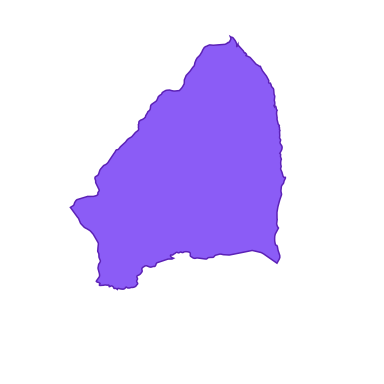 an SVG outline of Ceará, rotated 53°
{"feature_id": "BRA-621", "entity_name": "Ceará", "entity_type": "State", "adm_level": 1, "iso_a3": "BRA", "parent_name": "Brazil", "parent_adm1": "", "projection": "orthographic", "projection_center": [-39.568, -5.32], "detail": "fine", "context": "isolated", "style": "filled", "palette": "violet", "viewbox_px": 384, "rotation_deg": 53, "n_neighbors": 0, "source": "natural_earth", "source_scale": "10m", "svg_char_len": 5967}
<svg xmlns="http://www.w3.org/2000/svg" viewBox="0 0 384 384"><g transform="rotate(53 192 192)"><path d="M94.3,73.5L94.5,73.6L94.7,72.2L94.6,71.5L93.9,70.3L93.5,69.2L92.6,68.5L92.3,67.9L91.8,68.1L91.5,68.1L90.9,67.9L91.7,67.6L93.0,66.6L93.9,66.4L96.9,66.4L98.4,66.6L100.0,67.0L101.4,67.6L102.5,68.6L102.8,68.6L102.7,68.0L102.4,67.4L101.8,66.4L102.5,66.8L110.2,66.1L112.2,66.4L112.6,66.3L112.8,65.8L113.2,65.7L114.8,65.6L115.2,65.9L115.5,66.8L115.8,66.8L116.4,66.2L118.9,64.9L119.7,64.6L128.5,63.9L131.3,62.7L132.2,62.5L132.4,62.4L132.7,61.8L133.1,61.8L133.8,62.1L137.7,62.8L144.3,62.8L148.7,63.5L149.4,63.7L150.4,64.7L151.0,65.0L151.6,64.7L151.9,64.3L152.2,63.9L152.8,64.2L153.4,64.1L155.0,64.8L155.8,65.0L158.3,64.8L159.1,65.0L163.4,67.7L164.9,68.1L165.5,68.4L168.3,71.1L168.9,71.4L169.5,71.6L170.3,72.0L171.6,72.9L172.5,73.9L172.2,74.4L172.8,74.7L173.6,74.8L173.2,74.1L173.9,73.6L174.7,73.8L176.7,74.8L177.0,74.8L178.0,74.8L178.5,75.8L180.4,77.4L184.2,79.5L184.8,80.2L189.4,82.2L190.0,82.3L191.3,82.2L191.6,82.3L192.2,83.1L193.3,83.4L195.0,84.7L195.4,84.6L195.7,84.7L196.0,84.9L196.4,85.7L199.8,88.0L201.2,89.3L201.7,89.6L202.2,89.7L203.3,89.7L203.8,89.9L204.5,90.7L205.0,91.5L205.6,92.1L206.8,92.4L208.9,92.5L209.7,92.7L210.5,93.1L211.7,94.2L212.6,95.6L214.0,98.7L215.0,98.5L215.7,98.8L216.3,99.5L217.1,100.1L219.6,100.9L220.5,102.2L221.9,103.5L223.5,104.6L224.7,105.1L225.4,105.5L226.6,107.1L227.2,107.5L230.5,108.3L234.0,109.7L235.6,109.8L236.5,108.6L237.1,109.0L237.5,109.7L238.6,111.8L240.0,113.5L240.3,114.4L240.7,116.0L241.0,116.7L241.6,117.5L244.5,120.2L245.1,120.6L247.5,121.7L248.1,122.2L251.3,126.9L255.5,132.3L259.4,136.4L264.3,140.0L265.1,140.4L268.4,143.6L269.4,144.0L270.5,144.4L271.6,144.6L272.8,144.6L275.7,150.8L277.1,152.5L278.9,154.0L281.0,155.5L283.2,156.6L284.6,157.1L285.2,156.8L285.8,156.4L287.1,156.7L290.2,158.3L295.5,160.1L297.1,161.2L298.0,162.5L300.0,167.0L284.4,172.1L282.2,173.1L281.6,173.5L275.1,178.9L274.7,179.5L270.9,187.5L265.1,199.5L264.8,200.1L261.0,204.6L260.0,205.5L259.3,206.0L258.3,207.2L256.8,210.9L256.6,211.9L256.6,212.2L257.0,213.9L256.8,214.7L255.6,216.3L254.5,218.0L254.3,218.5L254.2,219.0L254.3,220.2L254.2,220.8L253.6,221.6L247.8,227.5L247.3,228.4L246.8,229.6L246.2,230.2L245.4,230.8L243.5,231.5L242.6,231.8L241.9,231.8L241.5,231.5L240.4,230.6L239.9,230.3L239.5,230.2L239.0,230.2L238.3,230.5L237.4,231.2L236.1,232.6L235.5,233.5L235.0,234.6L235.0,235.3L234.5,236.3L233.2,237.0L232.9,237.6L232.8,238.7L232.6,239.2L232.3,239.6L231.4,240.1L231.0,240.4L230.8,240.9L230.7,241.6L230.8,242.7L230.6,244.0L230.7,244.8L230.6,245.4L230.4,245.9L229.7,246.6L229.5,247.0L229.7,247.4L230.0,247.6L230.5,247.8L231.1,247.8L232.6,247.4L233.8,246.6L233.6,248.0L233.3,248.6L232.7,249.4L231.9,250.4L231.1,251.6L228.0,260.9L227.7,261.7L227.5,262.5L227.5,263.2L227.9,264.0L228.6,265.0L228.8,265.5L229.0,265.9L229.0,266.4L228.8,267.0L228.3,267.5L227.3,270.0L226.9,270.5L226.2,271.1L223.5,272.7L222.8,273.9L222.6,276.0L222.6,276.7L222.8,277.8L223.2,278.4L224.9,279.2L225.3,279.5L225.6,279.9L225.8,280.4L226.1,281.4L226.4,282.6L226.4,283.2L226.4,284.0L226.0,285.8L226.0,286.4L226.4,287.0L226.9,287.3L228.1,287.5L228.5,287.7L228.9,288.1L229.3,289.0L229.5,289.5L229.9,289.8L230.3,290.1L230.9,290.2L232.1,290.3L232.5,290.5L232.8,291.0L232.9,291.8L233.4,293.5L233.4,294.1L233.3,294.9L232.9,296.1L232.6,296.7L231.7,297.9L231.1,299.5L230.7,300.2L229.8,301.2L228.6,301.6L228.3,301.9L228.6,303.6L228.6,304.3L228.4,305.0L227.9,305.8L227.0,306.8L226.4,307.4L225.1,308.4L224.8,308.7L224.5,309.1L224.4,309.5L224.9,310.2L223.4,310.7L222.9,311.1L222.3,312.1L222.1,312.2L221.9,312.3L221.3,312.1L220.7,312.0L219.6,312.2L218.7,312.6L218.3,313.2L218.1,314.6L217.9,315.0L217.7,315.1L217.2,314.7L216.9,314.5L216.5,314.5L216.2,314.7L216.0,314.8L215.4,315.8L214.2,317.0L213.8,317.6L213.0,319.2L212.4,320.0L211.8,321.0L211.1,321.9L210.8,322.0L210.5,322.0L209.8,320.7L209.6,320.5L209.1,320.6L208.2,321.0L206.9,321.9L206.2,322.2L205.7,322.2L205.5,321.8L205.3,321.3L204.1,317.5L203.9,317.0L203.6,316.6L202.9,315.9L201.3,315.0L197.0,313.3L196.1,312.8L193.8,310.3L193.5,309.9L193.0,308.3L192.6,307.6L192.2,306.9L191.9,306.6L191.6,306.5L190.5,306.2L189.9,306.1L188.0,305.5L185.9,304.0L185.4,303.7L184.9,303.5L182.9,303.1L182.5,302.9L182.2,302.7L181.4,301.9L180.1,300.8L177.2,298.1L176.2,297.5L166.3,296.3L162.1,296.6L161.0,296.9L158.2,298.0L156.4,298.9L155.3,299.3L150.8,299.8L149.7,299.8L145.2,298.6L144.6,298.5L144.1,298.5L143.5,298.6L131.1,298.4L131.4,295.1L131.3,294.5L131.1,293.8L130.3,292.8L129.8,292.0L129.1,290.2L128.9,289.2L128.9,288.4L132.5,278.6L132.6,278.2L136.1,273.5L136.4,272.9L137.2,271.0L137.4,270.1L137.4,269.0L137.3,268.6L137.0,268.4L136.5,268.1L136.1,267.7L135.8,267.4L135.5,266.5L135.0,265.2L134.6,265.0L134.1,264.8L127.0,263.4L126.2,263.1L125.1,262.2L123.0,261.5L122.3,261.0L121.8,260.4L121.7,259.9L121.9,257.7L121.8,256.4L120.7,254.7L119.1,252.4L118.6,251.0L117.8,247.2L117.7,246.5L118.1,244.6L118.2,243.7L118.1,242.3L117.9,241.4L117.7,240.7L117.4,240.1L114.2,230.9L114.0,230.0L112.9,227.6L112.9,226.9L113.5,225.7L113.6,225.1L113.5,224.4L112.8,222.0L112.1,215.0L111.3,212.2L111.2,210.6L111.6,207.3L111.6,206.6L110.4,201.3L110.4,198.6L110.3,197.7L109.9,197.0L109.4,196.6L107.9,195.8L107.2,195.0L106.0,194.4L105.3,193.2L104.1,192.3L103.7,191.4L103.7,189.7L104.2,188.0L104.4,186.2L104.2,184.3L103.1,182.9L102.0,180.1L101.3,178.9L101.3,177.6L101.0,176.0L100.1,174.9L98.5,173.4L97.9,172.5L97.7,171.3L97.9,166.0L97.5,164.8L97.1,164.0L95.6,161.5L95.4,159.7L95.6,157.8L95.2,156.6L94.7,155.9L94.8,154.3L95.1,151.9L95.6,150.8L97.1,148.5L98.6,147.4L100.0,146.2L101.0,145.0L103.4,141.0L102.7,137.5L102.3,136.3L101.0,133.3L100.2,132.5L99.2,131.7L97.9,130.7L95.4,126.5L94.4,121.0L92.9,116.3L92.6,114.5L91.8,113.3L90.6,112.0L88.9,109.3L88.0,107.1L87.8,105.3L87.5,103.4L87.2,102.6L86.1,99.8L85.1,98.1L84.0,95.3L84.0,93.8L84.5,92.1L84.7,90.8L85.2,89.3L87.6,86.7L93.9,76.8L94.1,76.3L94.3,74.1L94.3,73.5Z" fill="#8b5cf6" stroke="#5b21b6" stroke-width="1.5"/></g></svg>